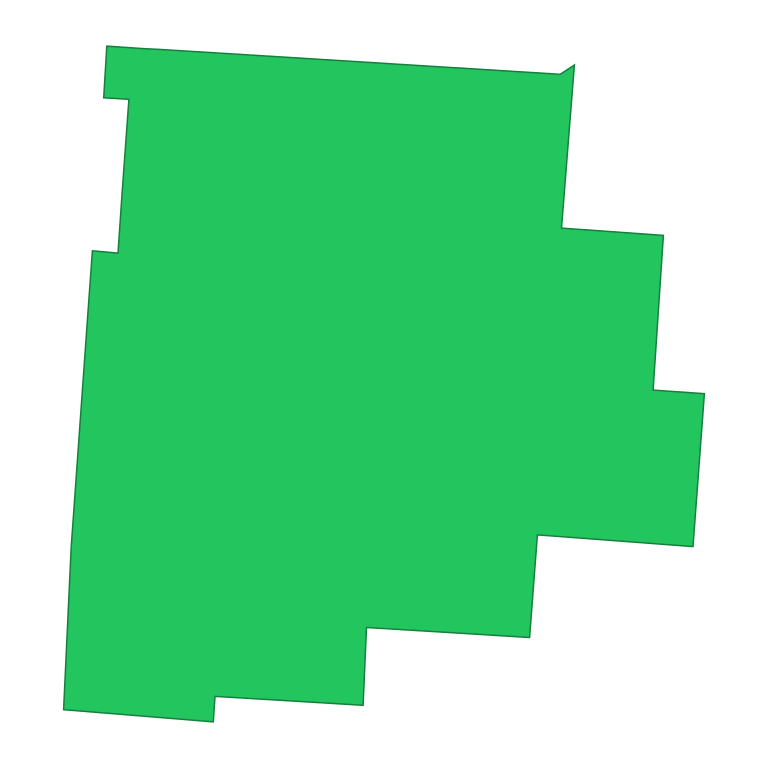 the district of Fairfield, Ohio, United States of America
{"feature_id": "52423323B60724250997999", "entity_name": "Fairfield", "entity_type": "district", "adm_level": 2, "iso_a3": "USA", "parent_name": "United States of America", "parent_adm1": "Ohio", "projection": "mercator", "projection_center": [-82.654, 39.748], "detail": "fine", "context": "isolated", "style": "filled", "palette": "green", "viewbox_px": 768, "rotation_deg": 0, "n_neighbors": 0, "source": "geoboundaries", "source_scale": "gbopen_adm2", "svg_char_len": 420}
<svg xmlns="http://www.w3.org/2000/svg" viewBox="0 0 768 768"><path d="M88.7,302.0L71.2,547.2L63.6,709.7L213.3,721.9L215.0,696.4L363.1,705.3L366.5,627.5L529.6,637.5L537.4,534.9L693.0,546.6L704.4,393.7L653.1,390.1L663.4,235.4L561.5,228.1L574.4,65.0L560.1,74.3L157.8,49.3L144.8,48.7L106.8,46.1L103.7,97.8L128.9,99.3L122.4,188.8L118.0,253.1L92.4,250.8L88.7,302.0Z" fill="#22c55e" stroke="#15803d" stroke-width="1.5"/></svg>